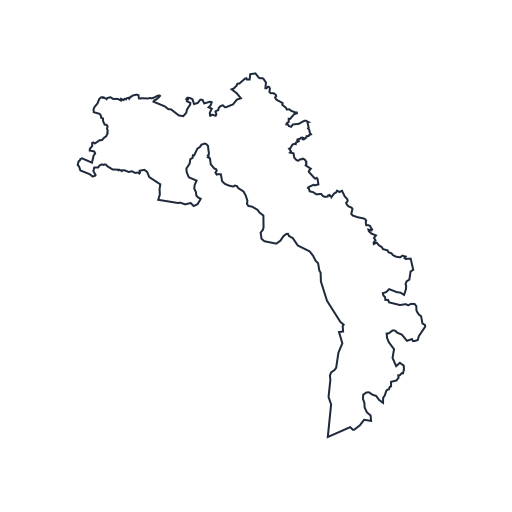 outline of Inner Mongol, rotated 255°
{"feature_id": "CHN-1838", "entity_name": "Inner Mongol", "entity_type": "Autonomous Region", "adm_level": 1, "iso_a3": "CHN", "parent_name": "China", "parent_adm1": "", "projection": "albers", "projection_center": [116.94, 45.357], "detail": "fine", "context": "isolated", "style": "outline", "palette": "slate", "viewbox_px": 512, "rotation_deg": 255, "n_neighbors": 0, "source": "natural_earth", "source_scale": "10m", "svg_char_len": 6137}
<svg xmlns="http://www.w3.org/2000/svg" viewBox="0 0 512 512"><g transform="rotate(255 256 256)"><path d="M325.5,217.4L321.2,213.0L320.4,208.7L324.1,206.6L324.2,201.0L327.2,196.5L327.3,194.5L335.6,176.1L340.2,179.0L345.4,180.1L350.0,182.1L359.9,173.3L365.4,172.6L368.1,170.5L368.5,165.7L366.3,165.4L365.8,164.7L367.1,163.7L367.6,160.7L370.0,158.0L370.1,154.7L372.7,151.4L373.2,149.5L372.9,148.6L373.5,148.6L373.6,147.5L374.7,146.3L374.4,145.3L375.1,145.0L376.7,139.9L381.2,135.6L383.0,134.8L383.7,133.3L383.5,132.1L384.4,130.8L384.0,128.5L382.4,126.4L383.3,122.6L380.1,120.9L375.7,122.0L375.2,121.4L375.0,118.8L377.9,116.7L384.1,108.5L388.2,108.3L390.0,107.3L393.3,109.1L393.9,110.6L395.0,111.4L395.4,113.2L388.6,121.7L395.0,125.1L396.7,127.2L398.9,126.8L400.9,122.7L402.6,123.3L404.6,126.3L407.6,127.0L407.8,128.2L406.4,129.5L408.3,135.0L407.8,137.2L409.6,139.9L410.3,142.1L413.0,144.5L414.0,144.4L415.2,145.2L417.5,145.0L419.6,146.2L421.4,145.6L422.1,143.8L425.9,143.2L428.4,143.8L429.5,142.3L431.9,142.5L433.8,141.7L436.9,136.5L439.4,136.9L441.4,138.2L444.5,142.5L448.2,145.2L449.4,147.5L448.8,149.6L448.3,149.3L447.0,151.9L446.2,152.3L447.0,153.3L447.1,156.4L444.7,158.6L443.4,163.3L441.5,165.4L442.4,166.1L441.4,166.4L442.1,167.1L440.9,168.4L441.8,169.8L441.0,171.0L441.7,171.5L441.8,173.8L440.7,174.2L442.3,176.0L442.1,176.7L442.9,178.2L442.8,182.3L441.8,184.1L438.5,183.7L438.0,185.0L438.1,186.0L436.1,192.4L436.1,194.4L435.3,196.0L435.5,199.7L436.3,202.2L436.0,204.3L435.5,204.7L434.6,203.5L433.0,200.3L432.6,197.7L431.6,196.9L424.0,206.8L420.5,209.3L419.6,211.9L411.7,217.9L409.9,221.9L412.4,225.7L415.3,227.2L419.4,231.7L420.9,232.2L423.4,229.3L424.3,229.5L424.8,230.8L425.5,230.8L425.9,229.6L426.4,230.2L426.6,231.1L425.6,233.2L423.9,235.2L418.8,235.5L418.9,239.3L421.4,242.7L420.7,244.7L416.8,245.5L416.9,251.6L416.0,253.0L413.3,251.2L411.9,248.7L409.7,251.4L406.4,248.5L403.5,247.9L403.2,248.3L403.9,250.2L401.9,253.3L403.4,254.5L405.8,254.1L406.5,255.1L406.6,257.2L408.7,258.4L409.9,260.3L410.2,262.9L407.8,264.5L407.5,265.6L408.4,273.0L412.0,278.0L412.3,282.2L418.2,279.5L423.3,275.6L423.6,278.0L425.7,281.5L427.2,282.5L426.9,284.6L430.2,291.3L430.2,292.7L428.9,292.7L428.1,295.5L433.1,297.5L432.5,302.7L427.6,304.8L426.6,306.0L426.2,308.1L425.1,309.1L421.0,310.5L415.6,308.5L415.3,309.4L416.4,311.5L416.0,312.3L414.3,312.8L410.9,311.4L409.4,312.4L408.7,315.1L406.6,316.8L405.3,316.9L404.1,315.4L401.8,316.1L396.8,321.3L395.3,320.5L391.4,323.3L389.5,323.7L389.1,326.1L387.3,327.4L384.7,330.8L384.1,332.5L383.2,332.4L383.1,329.5L379.6,324.4L380.1,323.1L377.2,322.4L376.3,320.1L375.3,319.4L374.7,320.8L373.0,321.4L371.7,323.4L373.5,325.6L372.6,331.5L374.1,337.6L373.8,339.2L371.9,341.2L372.0,340.3L366.6,340.1L365.8,339.3L364.3,340.1L361.0,339.9L359.3,340.6L359.0,338.4L358.3,337.9L358.6,335.8L357.4,335.2L356.2,332.3L356.6,331.4L357.8,332.3L358.3,331.6L358.6,330.1L357.9,329.2L357.9,326.3L357.2,325.9L356.6,327.0L355.7,327.0L355.3,324.1L353.7,323.3L354.4,322.2L354.2,320.1L351.0,316.8L351.0,315.8L348.0,316.9L347.1,315.6L345.5,318.8L341.1,318.4L338.0,320.0L337.1,321.7L338.0,323.7L337.5,325.4L338.0,326.4L336.7,327.9L333.9,329.1L333.0,328.3L331.8,328.6L330.7,327.4L326.1,331.5L324.4,329.0L323.6,328.8L315.8,332.8L315.3,333.4L315.7,334.9L314.3,335.4L309.0,334.8L309.0,331.2L309.9,330.2L308.9,324.4L308.3,323.8L307.5,324.5L304.6,324.6L302.7,327.9L299.9,330.3L299.1,335.0L296.6,336.1L295.2,338.1L294.9,340.6L295.9,341.4L295.9,342.9L294.6,343.1L294.2,344.4L293.5,344.3L296.2,347.7L296.6,349.7L298.1,351.3L296.2,353.1L296.8,355.9L290.8,357.1L287.2,358.9L285.4,358.8L284.0,356.8L282.2,357.1L280.1,358.1L278.0,360.8L276.6,361.4L272.0,358.9L270.1,359.9L267.2,364.1L264.3,369.9L263.0,371.1L261.6,371.6L260.5,370.8L257.2,370.4L256.6,372.7L255.3,374.1L252.6,374.4L251.7,375.1L250.8,374.2L252.4,371.4L250.7,371.4L247.9,373.2L244.8,377.2L242.9,374.6L240.3,375.5L238.5,373.1L237.1,372.9L237.7,376.0L234.4,377.6L232.0,379.8L229.7,380.5L227.5,384.4L225.2,385.0L223.6,387.5L221.4,388.5L219.2,390.9L217.4,394.8L218.4,397.5L216.7,400.4L215.5,398.9L214.5,399.7L213.4,404.7L202.0,404.3L201.0,401.3L193.5,398.0L192.5,394.9L190.2,393.2L188.6,393.4L185.2,392.3L180.1,389.0L183.2,386.1L184.6,382.7L189.5,376.1L187.4,372.3L187.3,368.9L184.9,368.8L183.0,370.0L180.1,369.6L179.4,372.2L176.8,372.5L171.4,382.3L170.7,388.2L169.0,390.2L169.6,393.2L168.7,396.7L166.1,397.9L162.1,396.9L160.1,397.2L157.2,398.2L155.0,399.9L147.8,399.3L145.7,401.3L144.0,401.2L136.5,392.6L133.0,390.5L132.8,387.6L133.2,385.6L135.4,385.1L135.0,379.8L142.2,376.6L145.7,372.2L147.4,371.5L148.5,369.9L148.7,368.6L146.9,364.1L147.3,362.1L142.8,361.4L138.3,362.0L130.2,365.2L122.2,361.5L113.3,362.9L115.6,367.3L111.9,370.3L108.2,369.6L104.6,367.6L105.1,366.5L103.6,364.0L103.9,362.5L101.5,362.2L99.4,359.4L99.5,353.9L95.1,352.7L94.9,351.3L92.8,349.9L92.8,348.1L92.0,346.9L88.0,344.3L86.1,342.1L81.3,340.7L85.0,337.7L89.8,335.8L91.7,332.8L95.1,329.8L95.6,327.3L94.3,323.7L90.4,322.3L86.3,322.7L81.4,321.7L76.2,322.7L72.3,325.4L66.9,324.5L69.8,318.0L65.5,312.4L62.8,305.9L63.1,304.6L66.3,302.7L62.6,278.5L93.1,290.1L101.1,289.6L117.2,295.8L121.5,296.5L124.1,298.5L125.6,302.4L127.3,304.5L141.3,310.6L149.3,316.8L161.1,316.5L160.5,320.6L166.0,321.6L167.0,322.9L170.6,320.4L194.3,313.0L214.6,312.1L223.2,314.1L225.6,313.4L233.0,314.1L235.8,312.4L241.5,311.2L246.6,309.0L255.3,299.1L263.9,296.1L266.7,293.1L269.2,292.6L269.4,290.9L268.2,287.9L264.4,283.4L262.7,278.8L268.1,267.9L271.2,265.8L277.3,266.5L279.5,269.4L281.7,270.7L293.2,273.6L297.2,270.5L300.0,269.6L304.6,265.1L306.3,261.6L308.6,260.8L311.7,262.0L317.1,261.7L321.6,260.6L326.2,256.4L328.4,255.7L329.5,253.9L329.0,251.9L331.0,248.1L333.8,244.5L337.1,242.6L344.0,243.2L345.0,240.0L344.8,239.1L347.1,238.4L348.5,240.1L350.1,240.0L351.4,238.3L356.3,236.0L362.2,236.8L363.9,235.0L364.7,236.1L365.5,235.5L366.8,237.0L374.9,238.1L377.2,236.7L377.9,235.5L377.6,232.0L375.9,230.2L374.8,227.1L369.2,222.3L369.6,221.1L367.2,220.2L366.5,217.6L362.4,215.8L358.5,211.4L354.7,210.7L349.4,211.5L344.2,218.1L340.4,215.1L337.2,213.8L333.1,214.5L329.8,214.0L327.7,215.1L325.5,217.4Z" fill="none" stroke="#1e293b" stroke-width="2"/></g></svg>